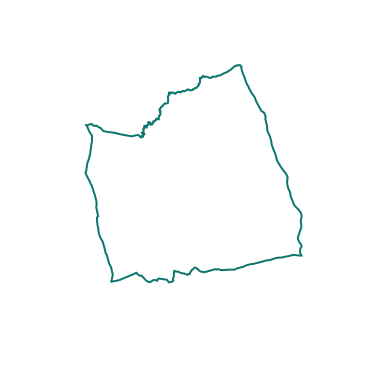 outline of Toca, Boyacá, Colombia, rotated 319°
{"feature_id": "7082276B782512497823", "entity_name": "Toca", "entity_type": "district", "adm_level": 2, "iso_a3": "COL", "parent_name": "Colombia", "parent_adm1": "Boyacá", "projection": "natural_earth1", "projection_center": [-73.168, 5.579], "detail": "fine", "context": "isolated", "style": "outline", "palette": "teal", "viewbox_px": 384, "rotation_deg": 319, "n_neighbors": 0, "source": "geoboundaries", "source_scale": "gbopen_adm2", "svg_char_len": 6044}
<svg xmlns="http://www.w3.org/2000/svg" viewBox="0 0 384 384"><g transform="rotate(319 192 192)"><path d="M101.5,232.7L104.3,232.9L104.9,233.1L106.7,234.4L107.4,236.1L109.0,235.5L110.1,235.4L114.2,240.3L115.4,241.5L115.3,244.8L115.4,245.1L115.9,245.5L117.2,246.2L118.6,246.6L119.7,246.8L120.0,246.1L120.8,245.0L121.2,244.7L122.1,244.3L123.6,243.1L124.7,241.7L125.6,241.1L126.6,240.0L126.8,239.9L127.6,241.3L129.5,243.5L130.5,245.9L130.9,246.6L132.6,248.2L133.1,249.5L134.5,251.7L134.9,251.5L135.3,251.5L135.9,251.8L136.5,252.4L137.4,251.6L138.3,251.5L139.5,251.0L140.0,251.1L140.5,250.8L141.1,250.7L141.9,251.0L143.4,250.8L144.4,250.8L145.4,252.1L145.6,254.0L145.9,255.0L145.9,256.2L146.2,257.4L146.6,258.1L147.8,259.2L148.1,260.3L148.7,260.7L149.7,261.0L151.0,261.9L151.6,262.0L153.1,262.9L154.1,263.1L156.1,264.2L157.8,264.9L158.6,265.4L159.2,265.9L159.9,266.9L161.3,267.5L162.5,269.7L163.6,270.8L164.2,271.2L166.5,273.2L167.7,273.8L173.2,278.6L176.0,279.2L176.3,279.5L181.7,282.1L185.5,283.2L189.1,285.1L191.3,286.6L193.8,287.8L196.9,289.5L198.6,290.2L200.4,291.2L201.3,291.4L205.4,293.9L206.2,294.5L211.9,296.8L213.3,297.8L214.2,298.2L214.4,298.4L215.4,299.3L217.4,300.7L221.0,302.6L222.9,303.8L227.1,305.8L228.3,307.0L231.0,310.1L232.9,311.8L233.1,311.5L233.2,310.4L233.7,309.0L234.2,308.2L236.1,306.1L236.8,305.6L237.4,305.6L238.8,305.1L239.1,304.9L239.4,304.4L239.8,303.0L240.1,300.7L240.9,297.5L241.4,296.4L241.9,295.9L246.4,293.2L251.3,290.4L252.6,288.9L254.3,286.2L255.7,284.6L258.7,282.4L260.0,280.5L260.4,279.4L260.9,274.9L260.5,271.8L260.6,268.9L260.9,267.7L261.5,266.3L263.5,260.1L265.8,256.8L266.3,254.7L267.2,252.0L268.5,249.6L269.9,247.3L273.2,244.2L274.1,243.1L274.6,241.5L275.0,238.3L275.3,232.6L276.8,223.9L279.9,217.9L281.4,213.2L283.1,208.8L285.5,205.1L287.6,200.2L288.9,195.5L290.2,193.6L292.0,191.3L292.7,190.2L293.2,188.6L294.4,186.9L294.8,185.7L295.5,184.7L296.9,183.5L297.6,182.1L298.4,179.2L298.3,178.6L297.7,177.4L297.5,176.7L299.6,167.0L300.3,164.3L301.2,162.8L301.5,161.3L301.8,158.6L301.8,157.4L302.9,151.6L303.6,150.2L304.1,147.2L304.9,144.5L307.0,139.6L308.2,135.5L310.8,130.3L311.7,129.8L311.4,127.5L310.3,127.1L309.1,125.8L307.6,125.7L306.6,125.1L305.5,125.0L302.0,125.1L299.1,124.8L296.3,124.2L293.5,123.2L292.2,123.0L289.9,122.4L286.9,120.8L286.4,120.7L286.1,120.9L285.8,120.8L284.2,119.3L283.0,118.5L282.6,118.3L281.5,118.5L280.4,117.6L280.0,117.1L279.6,116.5L279.4,115.6L279.0,115.0L278.0,114.0L276.8,113.5L276.7,113.2L276.8,112.1L276.5,111.6L275.5,111.6L274.3,112.2L273.7,112.3L273.1,112.0L273.1,111.2L272.8,111.1L272.4,111.4L272.3,111.9L271.2,113.0L271.1,113.5L270.3,114.0L269.5,114.8L268.8,115.1L267.7,114.7L267.5,114.9L267.2,115.7L266.7,116.1L266.4,116.2L264.8,115.9L264.0,116.3L263.3,116.1L262.5,115.5L260.7,115.6L260.1,115.0L259.7,115.0L259.0,115.3L258.7,115.2L257.2,113.9L257.0,113.6L256.9,112.8L256.8,112.5L255.9,112.2L255.5,111.6L255.3,111.5L254.3,111.5L252.7,111.1L252.4,110.9L252.0,110.2L251.4,110.2L250.5,109.4L249.5,109.5L248.6,109.4L248.5,109.2L248.5,108.7L248.3,108.3L247.5,107.8L246.8,107.0L243.8,106.9L243.7,106.6L243.9,105.9L243.8,105.7L242.9,105.2L242.7,104.9L242.3,103.7L241.1,103.7L240.5,102.2L239.9,101.9L239.7,102.0L239.4,102.8L238.9,102.9L238.8,103.8L238.5,103.8L238.1,103.6L236.8,104.0L236.2,104.3L235.6,105.2L235.2,106.0L233.9,107.2L233.4,108.1L232.3,108.9L231.6,108.6L230.7,108.5L229.7,107.4L229.4,107.3L228.5,107.3L227.5,107.7L227.2,107.7L226.6,107.4L226.2,107.9L224.8,107.6L224.4,107.6L223.2,108.3L222.9,108.3L222.2,108.0L221.9,108.1L221.4,108.5L221.5,108.7L221.2,109.5L220.8,109.8L221.1,110.4L220.5,110.5L220.2,110.8L220.3,111.2L220.2,111.5L219.5,112.4L219.1,112.7L217.8,113.1L217.3,112.8L217.0,112.9L216.8,113.3L216.4,113.4L215.9,114.1L215.6,114.0L215.3,114.1L214.6,115.2L214.0,114.6L214.1,114.2L213.2,113.5L212.9,113.8L212.2,113.5L211.5,114.3L209.5,113.4L208.9,113.3L208.7,113.4L208.7,114.1L208.3,114.4L207.7,114.5L207.0,114.4L206.7,113.9L206.4,113.8L206.1,113.9L205.9,114.6L205.5,114.3L205.1,114.3L204.9,114.1L205.1,113.6L205.0,112.9L205.3,112.5L205.6,112.5L205.9,112.0L205.7,111.4L205.0,110.7L204.6,110.7L204.2,111.0L204.0,112.2L203.1,112.5L201.7,112.2L201.6,112.7L201.4,112.9L201.0,113.0L200.2,113.6L199.9,113.5L199.9,113.3L200.2,112.2L200.3,111.3L199.4,110.9L199.1,110.9L198.8,111.3L199.0,111.7L198.9,112.4L197.8,112.2L197.5,112.2L197.2,112.8L196.4,112.5L196.2,112.6L196.0,113.4L194.5,115.3L194.1,115.2L193.6,114.5L193.0,114.3L192.9,114.6L193.1,115.1L193.5,115.5L193.7,116.1L194.2,116.6L194.1,117.1L193.2,117.2L192.9,117.2L192.6,116.8L192.2,116.7L191.8,117.1L191.4,118.0L191.2,118.0L191.1,117.3L191.0,117.0L190.8,116.9L190.4,117.2L190.2,117.8L189.7,117.7L188.9,116.4L189.3,114.9L188.7,113.7L187.5,112.8L183.5,110.7L183.0,110.4L177.4,103.5L174.1,99.1L174.2,98.9L172.7,97.1L172.5,96.7L171.9,96.1L170.2,94.0L168.4,92.2L166.1,89.2L164.9,87.4L165.1,86.3L165.0,83.7L164.0,81.9L164.0,81.3L163.5,79.4L163.1,79.0L162.1,78.6L161.9,78.4L161.8,77.9L161.6,77.6L160.9,76.8L160.8,76.6L160.9,76.1L161.0,75.1L160.8,74.9L159.3,73.8L157.3,73.2L156.1,72.2L155.8,74.1L154.6,77.5L154.0,79.8L153.6,83.3L153.1,84.4L152.5,85.1L151.5,86.0L150.3,87.6L149.3,88.6L147.7,89.7L145.9,91.4L144.7,92.2L144.7,92.3L143.1,93.8L141.5,95.1L140.1,96.4L139.2,97.1L138.6,97.2L137.6,98.4L136.5,99.0L136.3,99.0L135.0,99.9L132.2,101.4L130.9,102.4L130.1,103.2L128.3,104.6L126.0,106.8L125.2,107.3L124.3,107.4L123.0,111.4L122.5,113.8L121.4,117.9L120.8,119.5L120.7,120.9L116.8,130.2L114.1,135.7L112.8,137.7L111.6,139.1L110.1,140.2L108.8,142.3L108.0,144.1L107.5,144.6L106.1,147.1L105.5,148.7L104.5,148.8L103.7,148.8L103.0,149.4L99.2,154.6L97.6,157.7L95.2,161.0L93.7,163.9L92.6,167.7L92.0,170.9L89.7,175.9L86.8,181.4L86.3,183.9L82.6,191.4L81.7,195.0L81.2,196.5L79.5,199.4L78.8,200.9L78.1,202.2L77.5,202.9L74.7,204.9L73.1,206.1L72.7,206.2L72.3,206.8L76.6,209.4L79.9,211.0L90.3,214.4L91.2,214.7L91.5,214.9L92.8,215.1L93.5,215.6L96.9,216.4L97.2,216.6L97.0,218.4L97.6,220.6L98.2,221.6L98.5,221.8L99.0,221.9L99.3,226.7L99.2,228.5L99.4,229.5L100.5,231.7L101.5,232.7Z" fill="none" stroke="#0f766e" stroke-width="2"/></g></svg>